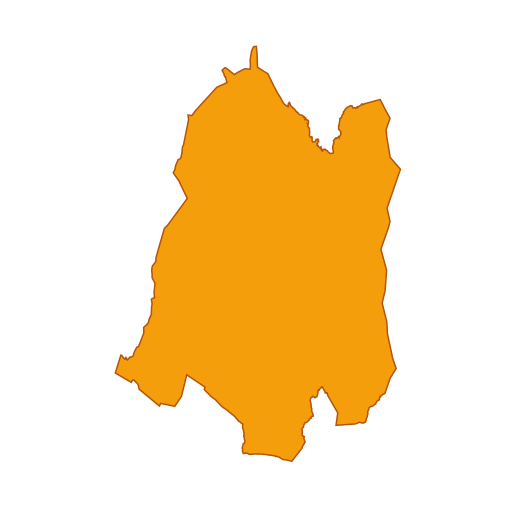 Vang nor, Oppland, Norway, rotated 83°
{"feature_id": "86288312B14831556842488", "entity_name": "Vang nor", "entity_type": "district", "adm_level": 2, "iso_a3": "NOR", "parent_name": "Norway", "parent_adm1": "Oppland", "projection": "robinson", "projection_center": [8.416, 61.192], "detail": "fine", "context": "isolated", "style": "filled", "palette": "amber", "viewbox_px": 512, "rotation_deg": 83, "n_neighbors": 0, "source": "geoboundaries", "source_scale": "gbopen_adm2", "svg_char_len": 6091}
<svg xmlns="http://www.w3.org/2000/svg" viewBox="0 0 512 512"><g transform="rotate(83 256 256)"><path d="M163.3,328.0L172.0,323.4L190.5,317.2L214.4,339.7L217.5,343.6L245.0,355.3L248.8,356.0L250.3,357.0L253.3,360.1L255.4,360.8L258.0,361.3L261.3,361.3L264.2,361.7L265.5,361.6L269.9,359.9L271.5,359.7L279.9,361.7L285.1,361.7L285.2,362.7L285.6,363.2L285.5,363.8L285.7,364.6L286.6,365.2L290.8,364.9L293.5,365.8L301.1,367.0L306.0,369.9L308.7,370.8L310.8,372.7L313.2,376.2L318.7,376.7L331.7,383.7L332.0,385.5L336.3,388.4L340.4,390.3L341.3,392.6L340.9,393.3L343.4,396.2L340.9,397.5L341.9,398.2L342.2,398.2L341.8,398.6L342.1,399.0L340.4,400.4L339.8,400.5L338.3,401.4L337.9,402.2L355.0,409.9L366.2,395.2L365.2,394.5L364.1,393.1L364.2,392.6L364.8,391.9L367.9,389.5L369.5,388.6L374.0,388.2L393.2,370.1L390.7,368.6L395.3,354.9L386.2,347.1L365.5,339.2L380.0,322.5L382.3,323.7L388.9,318.4L389.4,318.4L393.5,313.9L401.2,308.3L406.2,302.7L408.2,301.1L411.0,298.2L413.3,296.2L414.8,295.4L416.9,293.8L417.7,293.5L418.5,292.4L420.3,290.8L421.2,289.6L424.1,290.2L425.4,290.2L426.5,289.8L430.7,289.5L431.8,289.5L432.4,290.0L433.4,290.1L434.1,289.8L436.1,289.9L438.3,289.5L439.0,289.7L440.8,290.7L440.8,290.8L440.6,291.1L440.7,291.5L441.0,291.6L442.2,291.9L444.1,292.9L445.4,293.1L446.4,292.8L448.1,293.2L450.5,292.7L450.5,291.2L450.3,290.5L450.8,288.6L452.1,286.9L452.2,286.3L452.2,283.8L452.4,283.2L452.2,282.6L453.3,274.4L455.8,264.7L456.9,261.2L457.3,261.1L457.1,260.7L458.5,257.5L461.2,254.3L462.1,250.8L464.1,245.5L452.6,234.0L450.9,233.0L449.7,232.5L449.0,231.7L447.2,230.6L446.8,230.0L445.9,230.0L443.1,230.8L441.2,230.0L440.9,230.5L441.0,231.0L439.9,231.4L439.7,232.0L438.5,232.0L437.2,231.5L436.4,231.6L435.1,231.3L434.2,231.6L433.3,231.5L432.3,230.8L432.2,230.4L431.3,229.6L430.2,229.4L428.9,228.9L428.7,228.3L427.6,227.9L427.2,227.2L427.4,226.8L427.4,226.5L426.7,225.3L426.6,225.0L425.7,223.9L425.3,223.1L424.3,222.8L424.3,222.4L423.8,221.9L423.9,221.2L423.6,221.0L422.6,220.9L422.1,220.5L421.9,220.0L422.2,219.0L422.0,218.8L421.1,218.7L418.8,219.0L416.6,219.7L415.3,219.5L414.6,219.2L412.6,219.7L409.9,219.4L407.5,219.7L406.7,220.0L405.8,219.8L403.9,219.1L403.3,218.5L402.9,217.9L402.9,217.4L402.2,216.3L402.4,215.9L403.6,215.3L403.8,214.7L403.7,214.2L403.4,213.8L403.4,213.3L402.8,212.6L399.7,211.3L397.1,210.8L396.3,210.4L396.9,209.6L395.6,208.9L395.5,208.5L394.9,207.6L394.0,207.0L393.8,206.6L394.1,206.0L395.4,205.7L396.5,205.0L397.9,204.7L398.9,204.1L400.2,204.0L400.1,203.2L400.5,203.0L400.4,202.9L400.4,202.4L400.7,202.1L403.4,201.7L421.6,194.0L433.8,197.2L434.8,177.6L433.6,173.7L434.8,170.8L434.6,168.5L434.1,168.1L434.1,167.6L432.2,166.6L431.3,166.6L431.0,166.3L429.0,165.2L426.3,164.2L424.2,164.1L423.3,163.7L423.1,163.3L422.1,162.8L421.7,163.0L420.3,162.1L419.5,160.7L419.2,158.5L417.3,155.4L417.1,155.3L417.2,155.2L416.4,154.8L416.4,154.6L416.1,154.4L415.0,153.8L414.7,153.4L414.5,152.6L414.0,152.0L414.1,151.6L413.4,151.0L412.3,150.8L410.8,150.2L411.1,149.7L410.0,148.9L409.9,148.3L409.0,147.5L408.8,147.1L408.8,146.2L408.3,145.6L408.1,144.8L393.6,137.7L384.7,130.6L374.4,132.8L349.4,135.0L337.3,134.2L318.1,136.5L305.9,132.0L285.9,128.1L264.5,131.2L243.8,121.0L238.1,118.8L224.5,120.1L187.5,102.1L174.5,110.8L153.8,111.7L148.3,111.5L147.4,111.7L146.2,111.4L135.7,106.2L125.5,110.2L115.9,113.6L116.2,116.6L118.3,130.7L118.9,131.1L118.8,131.6L117.9,132.3L118.0,132.6L119.4,134.0L120.1,135.8L120.5,136.3L120.5,136.7L120.1,136.9L120.1,137.3L121.2,137.5L121.0,138.3L121.3,139.2L120.7,139.9L121.1,140.6L121.0,141.4L120.5,142.0L119.0,142.1L118.5,142.7L118.4,143.5L118.7,144.9L119.5,147.2L121.0,149.4L122.8,150.6L123.6,151.7L124.0,151.9L124.6,151.6L125.3,151.7L126.1,152.9L127.2,153.6L129.0,154.3L129.1,154.9L130.0,156.2L131.3,156.1L133.3,156.9L136.1,157.5L136.3,158.0L139.2,158.5L140.5,158.4L141.3,157.9L141.8,157.3L142.9,156.8L145.2,156.9L146.6,157.6L147.6,158.4L147.5,158.9L148.2,159.1L147.5,159.3L148.4,160.4L148.4,160.7L148.2,160.6L149.2,161.8L149.1,162.1L148.7,162.0L148.8,162.5L148.7,162.7L149.3,163.1L149.6,163.7L150.6,164.6L151.1,164.7L151.2,165.0L152.6,164.7L154.3,165.6L154.7,165.5L155.9,166.2L158.3,166.8L161.6,166.5L163.3,166.8L163.4,169.7L160.9,172.2L160.0,172.6L159.6,173.3L159.1,173.7L159.1,174.0L158.6,174.3L158.6,174.6L158.2,175.2L158.3,175.7L159.0,176.6L160.0,177.3L159.8,177.6L159.0,177.9L157.9,177.7L157.8,177.9L158.2,178.2L157.6,178.5L155.6,178.2L155.9,178.9L156.6,179.4L155.7,180.2L154.0,180.9L153.9,181.3L154.2,181.7L154.0,181.9L153.1,181.5L152.5,181.5L152.1,181.9L151.8,181.5L151.5,181.5L151.4,181.1L150.2,180.7L150.1,179.9L148.2,179.9L147.5,179.5L148.2,180.1L147.5,180.4L147.5,180.6L148.8,180.3L147.7,181.3L147.6,182.2L149.2,183.0L149.6,183.5L149.8,184.3L149.7,185.8L149.0,186.1L147.4,186.3L146.8,186.0L145.5,186.0L144.9,185.7L144.4,186.4L144.8,186.9L144.7,187.4L144.4,187.8L143.1,188.2L141.8,188.1L139.7,187.6L138.4,187.5L137.8,187.7L136.0,187.4L134.2,188.2L133.8,188.7L133.3,189.0L132.9,189.0L131.8,188.1L131.1,188.5L131.2,188.3L131.1,188.1L128.8,187.4L128.2,187.5L127.8,188.0L127.3,188.1L127.2,189.1L126.7,189.6L126.7,190.7L126.5,191.0L126.3,191.1L125.9,189.9L125.2,189.6L124.9,190.5L124.1,190.9L124.1,191.3L124.0,191.2L123.3,191.4L123.2,191.7L122.9,192.2L122.4,192.5L121.6,193.9L121.4,195.1L120.7,195.9L119.1,196.8L118.0,197.7L118.2,197.9L118.2,198.2L115.5,199.5L114.1,200.6L114.0,201.1L113.3,201.3L111.3,203.1L108.1,203.9L107.6,204.3L108.1,204.7L109.1,204.4L108.2,204.8L108.5,205.3L109.5,205.3L109.6,205.6L110.3,205.6L110.6,205.4L111.3,205.5L111.1,205.9L111.7,206.1L108.8,209.4L106.3,210.7L102.3,212.2L96.8,214.8L88.6,217.9L76.6,222.0L68.9,231.5L55.2,230.3L48.0,230.1L47.9,232.0L48.1,232.8L48.4,233.2L50.3,234.5L52.9,235.7L60.9,238.0L66.2,238.3L69.9,239.1L68.8,244.2L71.1,250.8L73.3,255.4L65.5,263.1L65.4,264.1L67.4,266.9L67.7,267.0L69.6,266.2L70.8,265.9L71.2,265.5L73.0,265.6L73.6,265.1L74.4,265.0L74.5,264.5L74.7,264.4L80.4,263.7L83.8,274.4L104.4,298.4L108.8,302.6L107.8,306.3L112.5,306.3L136.6,314.3L139.1,315.8L145.2,317.1L149.0,318.5L150.5,319.7L150.8,321.5L156.2,324.6L161.0,326.3L163.3,328.0Z" fill="#f59e0b" stroke="#b45309" stroke-width="1.5"/></g></svg>